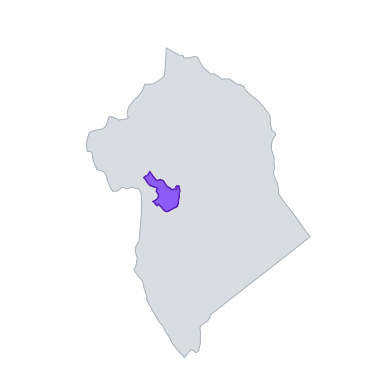 Masindi highlighted on a map of Uganda, rotated 322°
{"feature_id": "UGA-3102", "entity_name": "Masindi", "entity_type": "District", "adm_level": 1, "iso_a3": "UGA", "parent_name": "Uganda", "parent_adm1": "", "projection": "robinson", "projection_center": [31.719, 1.811], "detail": "fine", "context": "in_parent", "style": "filled", "palette": "violet", "viewbox_px": 384, "rotation_deg": 322, "n_neighbors": 0, "source": "natural_earth", "source_scale": "10m", "svg_char_len": 3163}
<svg xmlns="http://www.w3.org/2000/svg" viewBox="0 0 384 384"><g transform="rotate(322 192 192)"><path d="M257.6,300.1L253.2,300.1L246.1,300.1L239.0,300.1L231.8,300.1L224.7,300.1L217.5,300.1L210.4,300.1L203.2,300.1L196.1,300.1L189.0,300.1L181.8,300.1L174.7,300.1L167.5,300.1L160.4,300.1L153.3,300.1L146.1,300.1L139.0,300.1L134.8,300.1L133.9,300.0L133.3,299.8L130.6,300.4L127.8,302.4L124.9,303.2L121.7,302.9L121.3,303.1L119.7,303.0L117.4,302.9L115.3,303.4L113.7,305.2L112.1,308.2L109.1,311.6L106.9,314.7L104.9,316.8L100.4,320.4L98.0,321.4L96.8,321.3L96.1,320.6L94.7,316.0L93.8,315.3L85.1,317.7L83.8,317.7L84.0,316.3L83.3,305.6L83.2,299.0L84.3,294.9L85.0,290.2L85.1,286.0L86.7,278.9L86.1,274.6L88.1,259.7L88.7,257.3L89.5,250.1L90.7,247.9L91.9,247.0L93.4,242.6L96.2,235.5L98.2,231.9L97.8,223.9L98.1,218.5L98.5,217.3L102.7,215.3L108.2,210.3L110.5,204.4L113.7,200.6L120.0,198.2L138.7,178.0L147.4,167.1L151.2,161.5L151.3,159.6L152.0,156.9L150.5,154.9L148.7,153.0L148.1,151.3L146.5,150.4L144.3,150.5L142.8,149.2L141.1,146.8L139.5,145.2L134.2,145.4L130.1,142.9L130.2,139.5L131.8,132.7L134.9,125.0L135.0,122.9L134.6,121.1L133.8,119.6L132.4,118.0L131.1,116.2L132.1,110.7L134.1,105.2L135.7,102.5L137.3,99.5L136.8,97.0L134.5,95.8L135.7,93.3L138.2,89.2L142.9,85.1L147.1,82.3L149.9,82.3L155.4,84.5L160.3,87.1L163.0,87.3L166.3,86.2L173.0,81.6L174.7,83.0L176.7,85.8L178.8,90.4L183.1,92.6L185.1,94.0L186.6,94.4L187.4,94.1L189.1,90.4L191.0,88.5L194.6,86.0L202.6,84.0L208.3,83.4L210.7,82.9L214.8,81.8L221.2,78.0L227.5,82.8L234.3,83.8L240.9,83.7L243.0,82.3L244.1,81.2L251.1,73.3L260.5,62.6L266.7,77.6L268.9,78.5L268.6,79.8L268.1,81.1L272.2,84.7L277.2,86.6L279.0,88.5L279.2,90.5L277.5,99.3L277.8,101.8L279.4,110.6L282.4,112.6L285.1,121.5L290.5,125.3L291.3,126.4L292.5,130.7L294.2,135.4L295.5,136.5L296.3,136.7L297.8,141.8L296.9,144.6L298.2,153.1L300.2,160.7L300.8,169.9L300.8,173.9L300.7,176.3L300.3,179.8L299.3,181.8L297.6,183.8L295.7,186.8L294.0,190.1L293.0,191.7L293.8,196.7L293.6,197.9L293.1,198.6L290.7,199.3L287.6,200.6L285.7,201.9L283.0,204.4L280.9,207.1L278.0,215.1L273.3,221.3L272.5,223.3L268.0,227.0L266.0,231.6L264.8,237.2L263.0,241.2L259.2,246.7L258.4,255.3L258.5,272.7L257.5,292.4L257.6,300.1Z" fill="#d9dde1" stroke="#a8b0b8" stroke-width="1"/><path d="M185.3,179.6L184.6,180.4L183.9,182.3L182.8,184.0L181.9,184.6L181.0,185.0L179.5,187.4L178.1,188.8L176.5,189.9L174.0,192.8L173.2,193.0L172.4,193.2L171.6,194.3L169.8,194.1L167.9,193.5L161.6,192.6L160.5,192.1L159.6,191.4L158.9,190.5L158.7,188.2L158.2,181.9L158.0,180.9L157.1,181.1L156.1,181.4L155.6,179.7L156.1,177.3L155.7,176.7L155.7,176.1L155.5,175.5L157.9,175.9L160.4,176.1L163.1,174.6L164.2,172.6L164.2,169.6L165.4,168.5L166.5,168.3L166.9,167.2L166.3,165.9L165.2,164.8L164.0,162.6L162.7,160.6L162.7,157.1L163.1,154.1L162.9,150.9L165.7,150.9L166.0,151.0L166.5,151.5L166.8,151.6L167.6,151.4L171.3,150.0L171.0,155.6L171.2,160.8L171.9,161.9L173.5,162.1L174.6,162.6L175.4,163.9L176.2,165.2L176.2,167.2L175.8,170.0L175.8,172.2L176.7,174.2L177.3,175.9L177.3,177.6L178.5,178.3L180.0,178.7L180.8,180.0L182.1,179.8L182.1,178.1L183.9,177.9L185.2,178.8L185.3,179.6Z" fill="#8b5cf6" stroke="#5b21b6" stroke-width="1.5"/></g></svg>